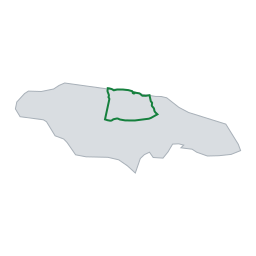 location of Saint Ann within Jamaica
{"feature_id": "JAM-1379", "entity_name": "Saint Ann", "entity_type": "Parish", "adm_level": 1, "iso_a3": "JAM", "parent_name": "Jamaica", "parent_adm1": "", "projection": "orthographic", "projection_center": [-77.258, 18.33], "detail": "fine", "context": "in_parent", "style": "outline", "palette": "green", "viewbox_px": 256, "rotation_deg": 0, "n_neighbors": 0, "source": "natural_earth", "source_scale": "10m", "svg_char_len": 1539}
<svg xmlns="http://www.w3.org/2000/svg" viewBox="0 0 256 256"><path d="M129.3,90.3L142.2,94.3L155.5,96.4L161.2,96.5L166.7,97.8L178.8,107.3L188.6,112.5L225.8,124.1L238.3,144.3L240.6,150.6L231.1,154.4L219.0,155.7L207.4,156.0L196.7,152.2L192.1,149.2L180.9,147.8L183.7,145.1L178.7,143.8L172.6,144.1L168.0,151.9L163.0,158.1L153.2,157.5L149.5,152.2L144.4,154.6L140.3,158.5L135.3,173.0L127.4,165.8L118.7,159.8L107.9,157.3L86.0,156.8L75.6,154.8L67.1,142.5L63.7,139.0L55.1,135.8L46.5,121.7L43.4,119.8L20.1,116.7L15.4,108.9L16.8,102.0L24.6,93.5L28.4,91.1L41.3,91.5L53.6,89.0L59.1,85.4L64.7,83.0L109.2,89.2L119.5,89.3L129.3,90.3Z" fill="#d9dde1" stroke="#a8b0b8" stroke-width="1"/><path d="M107.8,88.2L108.9,88.3L111.6,89.0L113.8,90.3L117.2,89.5L122.6,89.5L128.2,90.1L132.0,91.1L132.5,91.6L132.8,93.0L133.4,93.4L134.0,93.5L134.6,93.2L134.9,92.8L134.8,92.6L139.5,93.4L140.1,93.8L141.9,95.4L142.4,95.7L145.9,95.8L149.5,95.2L149.6,95.7L150.5,99.8L150.6,100.4L150.8,101.2L151.0,101.6L151.6,102.1L151.9,102.5L152.1,102.9L151.8,105.4L151.9,105.8L152.1,106.2L153.4,107.7L153.9,108.4L154.2,109.5L154.3,110.4L154.5,111.0L154.6,111.3L155.3,112.3L157.4,114.3L151.0,117.9L148.9,118.7L134.7,120.5L125.1,120.4L119.9,119.5L117.9,118.6L117.3,118.5L116.9,118.5L113.3,119.3L113.1,119.5L112.3,120.1L111.9,120.3L111.2,120.6L110.7,120.7L110.2,120.7L107.5,120.2L105.0,119.4L109.3,99.4L109.3,98.8L109.2,98.3L108.7,97.6L108.5,97.3L108.5,96.9L108.8,96.2L108.9,95.6L108.8,94.7L107.6,91.6L107.5,90.7L107.8,88.5L107.8,88.2Z" fill="none" stroke="#15803d" stroke-width="2"/></svg>